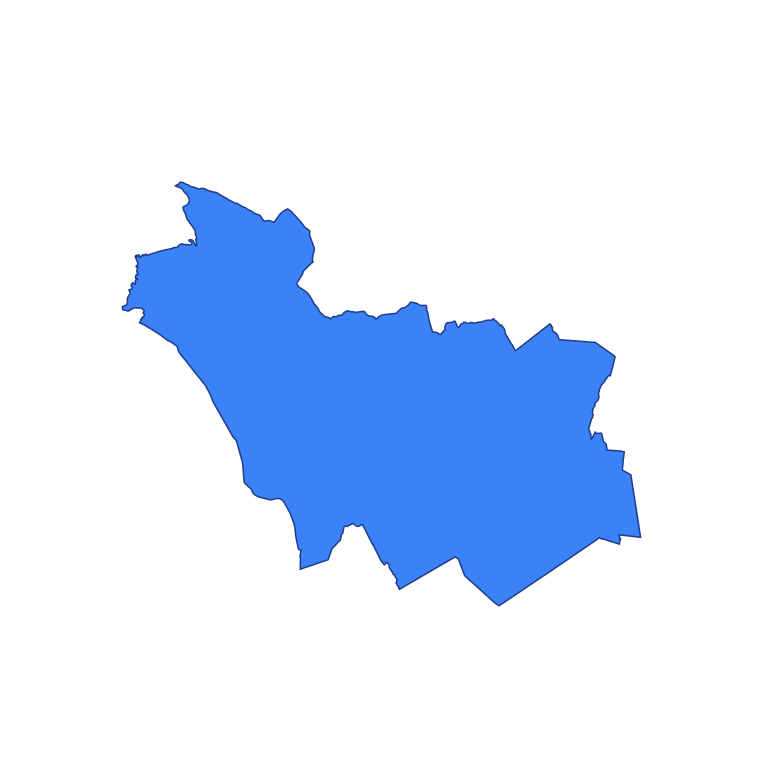 outline of Hueyotlipan, Tlaxcala, Mexico, rotated 137°
{"feature_id": "50627088B62719157774581", "entity_name": "Hueyotlipan", "entity_type": "district", "adm_level": 2, "iso_a3": "MEX", "parent_name": "Mexico", "parent_adm1": "Tlaxcala", "projection": "mercator", "projection_center": [-98.344, 19.48], "detail": "fine", "context": "isolated", "style": "filled", "palette": "blue", "viewbox_px": 768, "rotation_deg": 137, "n_neighbors": 0, "source": "geoboundaries", "source_scale": "gbopen_adm2", "svg_char_len": 6170}
<svg xmlns="http://www.w3.org/2000/svg" viewBox="0 0 768 768"><g transform="rotate(137 384 384)"><path d="M512.7,223.3L450.1,209.1L448.9,205.4L455.7,188.8L452.3,148.6L451.7,145.3L451.0,143.3L387.6,133.2L330.9,124.5L330.8,123.1L330.3,121.8L329.2,120.8L321.1,106.4L316.5,109.6L317.0,110.3L314.9,113.3L300.9,96.9L265.4,149.2L267.8,156.6L268.2,157.9L267.9,159.0L259.4,166.5L254.6,170.4L256.3,173.2L265.9,183.5L262.6,188.3L262.6,192.4L258.5,199.6L258.6,199.9L262.1,202.7L262.4,203.7L262.4,204.8L269.6,202.2L270.7,202.4L270.1,202.6L268.6,203.9L268.3,205.3L267.4,205.6L267.0,206.0L266.5,208.5L266.1,209.0L265.6,209.1L265.4,210.8L263.8,212.4L261.6,213.4L260.5,214.5L259.2,214.8L257.9,216.1L257.1,216.3L255.9,217.1L254.7,217.0L253.3,218.2L252.0,218.8L251.6,220.5L248.0,223.3L244.3,224.5L242.6,226.1L238.7,226.2L236.3,227.4L235.6,227.9L234.1,230.1L233.4,230.9L230.9,232.4L229.9,233.3L228.8,233.6L226.5,234.7L220.3,235.6L219.5,236.2L217.6,236.1L216.2,236.8L214.4,236.9L213.7,236.7L212.8,235.7L203.5,241.6L196.4,246.3L196.7,249.3L201.2,270.5L204.4,273.7L210.9,281.0L225.5,296.8L225.2,298.2L223.8,300.9L223.6,303.1L223.7,305.4L224.7,306.8L223.5,309.3L222.1,310.6L222.5,311.4L221.6,312.7L221.7,314.8L261.8,318.3L263.6,318.5L265.2,319.0L263.7,324.3L263.4,327.3L261.6,334.5L261.1,337.7L260.7,338.2L260.5,339.0L259.4,340.2L259.0,341.2L258.6,341.7L258.1,344.5L258.0,347.2L259.5,347.7L258.8,350.4L259.0,353.1L259.5,355.2L259.2,356.7L259.4,357.0L261.2,357.5L262.3,357.5L264.0,359.4L266.4,361.2L270.7,363.0L272.9,364.9L275.9,366.4L278.8,370.0L280.4,370.4L281.7,371.5L282.2,372.3L282.3,373.5L283.6,374.8L285.4,374.7L287.2,375.4L288.1,375.2L288.9,374.4L291.1,374.9L291.3,375.6L289.3,381.1L289.4,381.6L289.8,382.2L291.3,382.1L296.1,385.8L298.0,385.7L300.8,384.0L302.1,382.3L308.6,381.7L309.4,381.9L309.9,385.1L311.5,387.4L313.1,388.6L308.7,397.9L303.5,406.2L302.1,409.3L300.0,411.5L299.6,412.5L300.8,414.0L302.5,415.3L304.1,417.2L304.8,419.4L304.9,420.4L307.0,423.7L309.0,425.9L310.3,425.3L311.3,425.4L312.0,425.2L315.8,425.4L319.7,427.5L325.5,427.5L326.4,427.0L336.8,434.8L338.4,435.8L342.5,436.9L343.6,436.8L344.7,436.5L345.5,436.7L345.4,438.2L345.9,438.8L345.4,439.7L346.1,441.0L348.5,443.9L349.4,446.5L348.9,450.2L349.9,451.4L349.8,451.6L355.1,455.0L359.4,460.2L360.4,462.1L361.8,462.9L364.7,463.6L366.4,463.1L367.0,462.7L370.8,465.4L373.2,465.7L374.2,467.2L375.0,467.9L377.4,467.9L378.9,468.5L379.0,470.0L381.5,474.0L381.5,477.1L381.8,478.7L381.7,481.9L381.1,482.7L380.5,485.1L380.4,489.9L378.6,497.2L377.9,501.8L378.3,505.8L379.0,509.0L380.1,512.7L379.5,517.4L376.3,517.9L368.5,520.0L367.6,520.5L366.7,521.5L354.6,521.9L352.7,521.6L352.3,523.0L350.0,525.1L347.3,527.2L343.4,529.6L342.8,530.3L341.6,532.3L338.5,540.1L336.4,544.3L334.4,546.0L334.0,546.8L334.1,549.1L334.8,550.9L335.0,552.6L334.3,559.7L334.1,573.1L335.0,577.7L337.6,578.6L342.4,579.3L345.1,579.0L354.1,577.1L356.5,581.9L358.7,583.7L360.5,584.4L360.4,588.1L359.7,591.0L360.1,593.3L361.8,595.6L363.0,600.5L365.0,605.9L365.1,607.5L366.5,610.2L368.4,616.6L369.9,618.1L370.2,619.7L372.1,624.9L373.5,630.1L374.9,634.2L375.8,638.0L378.4,641.7L380.9,645.8L381.5,647.9L383.0,650.6L384.2,651.7L385.7,652.0L387.5,654.4L387.8,655.9L389.9,659.2L390.9,660.6L391.5,663.5L392.4,664.9L393.6,668.2L394.2,669.4L395.4,670.6L397.6,670.3L399.1,670.5L400.4,671.1L401.4,671.1L399.0,665.9L398.5,664.3L399.2,660.4L399.0,656.2L400.6,651.6L401.8,650.3L404.7,649.4L407.2,649.4L408.1,649.8L408.7,650.3L409.9,650.5L410.8,650.0L412.5,646.5L413.3,643.5L415.3,639.7L415.7,638.2L417.1,626.8L417.8,624.5L419.9,622.0L421.2,618.4L422.4,618.4L423.3,618.1L424.7,615.1L426.2,614.0L426.5,613.1L426.9,612.8L427.2,613.0L427.4,613.6L426.1,618.2L426.0,619.5L426.6,620.8L427.8,622.1L428.6,622.2L429.0,621.5L428.9,620.6L428.1,618.9L428.4,617.9L429.4,617.4L431.3,617.9L432.4,619.9L434.6,621.7L435.7,623.3L436.1,624.2L437.1,624.9L439.9,625.3L441.2,625.3L441.6,625.1L442.6,625.2L443.0,625.8L444.7,627.0L447.1,628.0L457.5,634.1L469.5,639.7L469.7,640.0L469.5,641.2L470.2,641.7L472.2,641.7L471.9,642.5L472.2,643.0L474.2,643.2L475.4,642.4L475.8,642.4L476.0,642.8L476.2,644.0L475.1,645.3L475.1,645.6L476.2,645.7L477.8,645.1L477.9,645.7L477.1,646.3L476.9,646.7L477.1,647.0L478.0,647.2L478.7,647.1L479.3,646.3L481.7,639.8L483.5,638.7L484.1,638.8L484.2,639.3L485.1,639.1L485.3,638.6L484.6,637.7L485.0,636.9L485.5,636.9L488.1,634.9L488.8,633.5L488.6,632.4L488.9,632.0L489.9,631.9L490.6,632.7L491.2,632.8L492.2,632.2L493.3,631.1L493.5,630.6L493.3,630.2L492.6,629.8L492.2,629.2L492.6,628.6L493.0,628.6L494.0,629.3L495.1,629.3L496.3,628.4L497.7,626.8L498.3,626.9L498.7,627.6L498.5,628.9L498.7,629.4L500.9,629.1L501.8,628.4L502.2,627.4L502.1,626.6L502.7,625.9L503.5,625.6L506.3,626.7L506.9,625.8L507.3,624.2L508.2,623.0L510.2,622.8L512.8,621.9L513.9,621.0L516.5,618.2L518.3,617.6L519.5,617.8L522.0,618.9L523.0,618.8L524.4,616.4L523.6,615.2L522.7,614.4L521.7,612.3L521.2,611.7L515.3,610.3L513.9,609.3L510.8,606.0L509.5,604.2L509.4,602.0L509.2,601.2L511.9,600.1L511.5,598.4L512.6,597.7L515.0,596.8L515.2,597.6L517.7,597.1L517.6,596.6L521.0,595.5L519.3,591.4L516.7,582.5L514.2,572.8L512.5,563.1L511.1,560.3L509.6,552.5L511.6,549.1L512.2,547.1L512.7,543.6L513.2,534.8L514.3,522.8L515.5,505.1L518.2,494.8L521.0,488.1L530.4,449.0L530.7,446.9L530.5,445.1L530.8,442.9L540.7,423.7L542.7,420.8L552.2,409.0L553.0,407.8L553.4,406.7L553.2,400.7L552.7,397.7L554.2,394.0L554.3,392.8L553.9,390.3L552.9,387.6L552.1,386.0L546.2,376.8L543.4,374.9L540.8,373.7L538.6,371.5L537.7,369.2L537.6,366.3L540.8,353.3L545.8,341.7L553.5,331.1L559.2,321.6L559.2,321.1L558.0,319.1L563.1,315.1L564.1,313.4L571.6,305.7L544.7,293.6L534.5,298.9L525.5,299.6L523.0,299.5L522.2,299.8L519.4,301.7L519.0,302.3L517.1,303.0L515.8,303.1L511.2,306.5L509.9,306.9L509.0,306.5L508.4,305.1L501.9,303.2L500.9,298.5L500.6,298.0L499.2,297.1L495.5,296.0L501.8,274.5L501.5,274.4L507.0,255.6L506.4,255.4L506.7,254.7L506.8,253.2L507.2,252.5L507.1,251.6L506.9,251.4L504.6,251.9L503.8,251.7L503.6,248.2L505.0,246.7L505.7,244.8L505.9,242.8L506.6,239.4L507.2,238.4L506.5,237.1L507.5,234.7L507.6,232.2L508.7,231.7L509.2,231.1L510.9,230.2L511.9,225.4L512.1,224.6L512.8,223.8L512.7,223.3Z" fill="#3b82f6" stroke="#1e3a8a" stroke-width="1.5"/></g></svg>